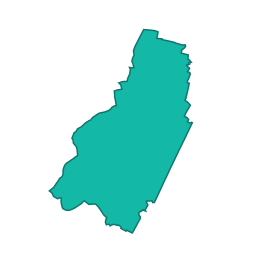 Rosiori, Bihor, Romania (orthographic projection), rotated 284°
{"feature_id": "2599482B96012513693118", "entity_name": "Rosiori", "entity_type": "district", "adm_level": 2, "iso_a3": "ROU", "parent_name": "Romania", "parent_adm1": "Bihor", "projection": "orthographic", "projection_center": [21.943, 47.265], "detail": "fine", "context": "isolated", "style": "filled", "palette": "teal", "viewbox_px": 256, "rotation_deg": 284, "n_neighbors": 0, "source": "geoboundaries", "source_scale": "gbopen_adm2", "svg_char_len": 5246}
<svg xmlns="http://www.w3.org/2000/svg" viewBox="0 0 256 256"><g transform="rotate(284 128 128)"><path d="M146.1,188.6L147.4,188.9L148.7,189.1L148.8,188.8L148.7,188.6L148.8,188.1L148.3,187.9L147.9,187.9L148.0,187.3L148.0,186.1L148.0,185.4L148.2,185.1L148.4,184.5L148.5,184.2L150.3,184.7L151.1,184.7L151.7,183.3L151.9,183.1L152.3,183.0L152.9,180.0L153.3,180.0L156.6,180.5L159.8,181.4L160.5,181.6L165.2,183.0L167.6,179.4L168.6,176.6L170.5,177.0L181.9,176.8L186.3,176.6L186.2,175.7L186.3,175.0L186.9,174.4L188.0,174.4L188.6,174.4L190.6,174.9L193.0,175.1L194.9,175.3L195.7,175.3L196.5,174.6L196.8,174.4L196.9,172.0L197.6,172.2L199.2,172.8L200.4,173.3L200.5,173.4L200.9,173.1L201.2,172.9L201.2,172.7L201.2,172.2L201.5,171.7L202.2,170.9L202.4,170.5L202.6,170.1L202.8,169.8L203.3,169.8L203.6,169.9L203.8,170.2L203.8,170.5L203.6,170.9L204.1,171.1L204.4,171.7L204.6,171.9L204.6,171.6L204.9,171.3L205.7,171.2L206.0,171.3L206.2,171.7L206.3,172.1L206.3,172.6L206.5,172.9L207.1,173.5L207.3,173.0L207.8,172.5L208.1,172.0L208.5,171.6L208.8,171.3L208.9,170.8L209.1,170.1L209.4,169.5L209.7,169.3L210.3,169.3L211.5,169.1L213.5,168.7L213.5,164.7L213.6,161.5L216.9,161.4L218.7,163.0L219.9,163.7L221.2,164.1L222.5,163.5L221.7,160.7L221.9,154.5L221.9,152.8L222.2,152.8L222.3,152.4L222.3,149.2L222.0,139.4L222.7,139.4L222.3,136.5L222.0,135.1L222.0,134.2L223.5,134.2L224.3,134.2L225.1,134.1L226.5,134.1L227.6,134.0L228.6,133.8L228.9,130.2L228.5,127.1L228.4,126.1L227.3,119.4L225.7,119.0L211.9,115.8L209.5,115.2L204.7,114.6L204.6,114.9L202.9,115.0L202.0,115.6L201.2,115.9L200.7,116.1L199.6,116.2L198.7,116.0L198.0,115.8L197.3,115.6L196.6,115.6L196.0,115.6L194.7,115.5L194.4,115.6L193.9,115.7L193.2,115.9L192.9,116.1L192.8,116.3L192.6,116.5L191.3,117.5L191.0,117.6L190.3,117.9L189.9,118.1L188.8,118.8L188.0,119.0L187.8,119.0L187.2,115.5L187.1,114.8L186.4,115.4L185.9,115.7L185.4,116.1L185.1,116.2L184.5,116.2L183.4,116.3L182.3,116.4L182.1,116.4L181.9,116.5L181.0,116.5L180.3,116.5L179.9,116.4L179.6,116.4L178.7,116.2L178.1,116.1L177.5,116.0L177.2,115.9L176.8,115.9L176.4,115.8L175.5,115.8L175.0,115.8L174.5,115.8L173.1,116.0L173.0,115.9L172.9,115.7L171.9,112.0L171.5,111.2L171.0,110.4L170.5,109.6L170.2,109.3L169.9,108.9L169.6,108.2L168.2,110.5L166.9,111.2L165.6,111.9L165.1,112.2L164.8,112.4L164.3,112.6L164.2,112.6L163.2,110.5L162.6,109.2L162.3,108.5L161.2,106.6L160.6,105.7L158.5,106.5L158.2,106.6L156.9,107.1L156.1,107.3L154.5,107.7L154.1,107.9L152.2,109.0L150.5,109.6L148.2,110.7L147.8,111.0L147.3,111.0L146.8,111.2L146.2,109.6L146.0,109.3L144.5,107.6L142.5,106.8L140.5,105.2L139.6,104.1L138.2,102.0L137.5,100.8L137.4,100.6L136.3,98.1L135.8,97.2L135.4,96.7L134.9,95.9L133.7,94.8L133.6,94.7L133.0,94.1L132.3,93.5L131.9,93.2L131.0,92.5L130.4,91.7L129.6,91.2L128.5,90.6L126.8,90.0L125.8,88.6L124.0,86.8L122.3,85.3L119.8,83.7L117.7,82.3L116.1,80.4L114.7,79.1L112.5,78.6L110.2,76.8L107.3,76.5L104.4,76.1L104.1,76.5L103.7,77.0L103.3,77.4L102.9,77.6L101.7,78.1L100.3,78.6L99.8,79.0L99.3,79.7L98.0,81.6L96.8,82.8L96.0,83.3L93.9,84.1L90.9,85.2L89.8,85.6L89.3,85.6L88.9,85.5L88.5,85.2L87.7,84.5L85.8,83.0L83.9,81.3L82.2,79.8L80.9,78.7L80.0,77.8L79.2,77.1L78.4,76.5L77.8,76.2L76.9,75.8L75.1,75.4L72.6,75.2L71.5,75.2L71.2,75.3L70.8,75.3L69.5,75.7L68.0,76.0L66.8,76.1L66.1,76.1L65.5,75.9L64.5,75.5L64.2,75.3L63.1,74.3L62.7,74.0L62.5,73.8L62.2,73.7L60.9,73.4L58.7,72.7L57.5,72.1L54.7,71.1L52.6,70.4L51.7,69.8L51.1,69.3L48.6,67.4L47.9,66.9L47.6,67.6L47.2,68.5L47.0,69.2L46.8,69.4L46.9,69.6L46.7,69.9L44.8,71.4L44.6,71.5L44.3,71.8L43.8,72.1L43.6,72.3L43.6,72.6L43.4,73.0L43.2,73.8L43.1,74.2L42.4,76.4L42.3,76.7L44.1,79.6L43.6,80.4L41.5,80.6L40.2,81.0L39.0,81.4L38.1,81.8L36.5,82.7L35.4,83.2L34.8,83.7L34.1,84.3L33.7,85.6L33.5,86.7L33.3,88.0L33.4,88.7L33.6,89.8L34.0,90.9L34.9,92.3L35.9,93.7L37.7,95.8L39.5,97.5L41.4,99.2L43.1,100.9L45.7,102.4L46.8,103.2L44.6,108.1L44.4,108.5L46.1,113.7L46.4,114.7L45.5,116.5L44.7,117.8L43.2,119.5L41.5,121.5L40.8,122.3L37.6,125.8L37.0,126.9L35.8,129.1L34.6,128.8L33.9,128.9L33.3,128.7L32.8,128.7L32.1,128.8L31.9,128.8L31.5,128.8L31.4,128.8L31.1,128.9L29.9,129.7L28.9,130.4L29.1,130.7L30.1,132.9L28.7,134.3L30.2,135.9L30.8,136.8L31.1,138.1L31.1,139.8L31.0,140.9L31.2,141.3L31.4,141.6L31.3,143.0L30.8,144.3L30.5,144.7L29.7,145.6L28.9,145.4L27.6,150.2L27.4,151.0L28.7,151.4L28.3,152.6L28.1,152.9L28.0,153.5L28.0,154.1L27.2,157.1L27.2,157.5L29.1,158.2L30.2,158.5L31.3,158.7L32.4,159.0L32.7,159.1L34.2,159.5L37.6,160.3L37.9,160.4L38.8,160.6L39.1,160.7L42.4,161.6L42.7,161.7L43.2,161.7L44.3,161.5L45.1,161.3L45.6,160.3L45.8,160.0L46.6,159.5L47.0,159.3L47.6,159.3L47.9,159.1L48.0,159.0L48.5,159.1L49.0,159.4L49.6,159.8L49.9,160.3L50.1,160.8L50.8,161.0L51.2,161.7L52.1,162.0L52.3,162.4L52.2,162.8L51.8,163.3L51.7,163.6L51.7,164.0L51.8,164.5L51.7,165.3L52.1,165.0L52.6,164.7L53.1,164.6L53.8,164.7L54.8,165.1L55.4,165.2L56.1,165.4L56.7,165.6L57.4,165.9L57.8,165.9L58.4,165.7L58.8,165.4L59.3,164.8L59.7,164.3L60.3,164.0L61.4,163.8L61.6,163.7L63.1,169.0L61.6,169.9L62.1,171.6L66.9,172.6L74.9,174.1L79.4,175.0L84.4,175.9L88.1,176.7L94.2,177.9L98.3,178.7L100.9,179.2L112.5,181.6L118.8,182.9L125.8,184.4L128.7,185.0L132.6,185.9L135.1,186.4L135.9,186.5L136.6,186.6L139.7,187.3L144.3,188.2L146.1,188.6Z" fill="#14b8a6" stroke="#0f766e" stroke-width="1.5"/></g></svg>